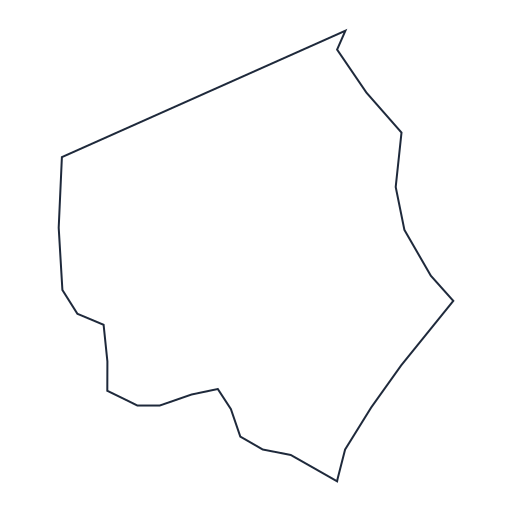 Geumjeong-gu, Busan, South Korea (Robinson projection)
{"feature_id": "91817680B87761816793360", "entity_name": "Geumjeong-gu", "entity_type": "district", "adm_level": 2, "iso_a3": "KOR", "parent_name": "South Korea", "parent_adm1": "Busan", "projection": "robinson", "projection_center": [129.093, 35.254], "detail": "fine", "context": "isolated", "style": "outline", "palette": "slate", "viewbox_px": 512, "rotation_deg": 0, "n_neighbors": 0, "source": "geoboundaries", "source_scale": "gbopen_adm2", "svg_char_len": 479}
<svg xmlns="http://www.w3.org/2000/svg" viewBox="0 0 512 512"><path d="M345.4,30.7L61.9,157.1L58.7,227.7L62.4,290.0L77.4,313.8L103.6,324.8L107.4,361.5L107.3,390.8L121.3,397.6L137.3,405.5L159.8,405.5L191.6,394.5L217.8,389.0L230.9,409.1L240.3,436.6L262.7,449.5L290.8,455.0L337.1,481.3L337.6,478.8L345.1,449.5L371.3,407.3L401.3,365.2L453.3,300.9L430.8,275.7L404.4,229.9L395.7,187.0L401.5,132.6L366.4,92.6L337.1,49.6L345.4,30.7Z" fill="none" stroke="#1e293b" stroke-width="2"/></svg>